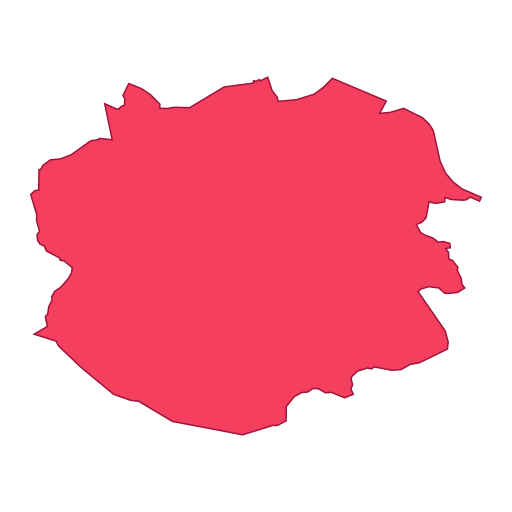 the district of Glencullen-Sandyford Lea-7, Dún Laoghaire–Rathdown, Ireland
{"feature_id": "5873133B89010299854845", "entity_name": "Glencullen-Sandyford Lea-7", "entity_type": "district", "adm_level": 2, "iso_a3": "IRL", "parent_name": "Ireland", "parent_adm1": "Dún Laoghaire–Rathdown", "projection": "robinson", "projection_center": [-6.233, 53.242], "detail": "fine", "context": "isolated", "style": "filled", "palette": "rose", "viewbox_px": 512, "rotation_deg": 0, "n_neighbors": 0, "source": "geoboundaries", "source_scale": "gbopen_adm2", "svg_char_len": 1886}
<svg xmlns="http://www.w3.org/2000/svg" viewBox="0 0 512 512"><path d="M128.8,83.5L122.9,95.6L124.8,98.8L124.5,105.0L120.2,107.0L119.5,108.9L116.4,108.9L104.7,103.7L112.2,139.7L99.4,138.4L97.9,139.7L90.7,140.8L70.9,154.9L59.9,159.0L50.5,159.8L43.4,164.9L40.3,169.8L39.0,169.5L38.7,190.0L35.0,190.6L30.7,194.4L36.8,214.9L36.5,220.5L39.6,231.4L37.0,234.5L37.6,240.3L39.9,244.0L44.2,246.0L46.4,251.0L59.6,258.0L60.2,260.3L64.1,260.9L72.2,267.7L71.6,272.6L68.3,278.6L60.8,287.2L54.6,291.4L51.6,296.9L52.2,299.6L48.8,306.5L47.7,313.9L45.3,316.6L47.4,326.4L34.2,334.2L56.0,341.1L58.6,346.0L80.5,366.9L113.6,394.3L130.6,400.3L138.7,401.3L172.3,421.4L242.6,434.8L272.5,425.5L277.5,425.4L286.1,420.8L286.3,406.5L294.2,396.7L301.7,392.5L307.9,392.0L312.6,388.6L318.0,388.6L325.5,392.8L331.2,392.3L344.7,397.8L353.4,394.2L350.9,389.2L352.6,384.7L351.2,379.2L351.7,376.6L357.5,371.2L367.2,368.0L371.6,368.9L374.2,366.9L391.6,370.2L401.0,369.6L410.4,364.3L419.3,362.8L445.7,349.9L447.4,349.0L448.2,342.2L445.3,331.1L418.0,291.5L421.0,289.0L428.8,286.7L438.7,287.9L445.0,293.4L449.8,293.3L457.6,292.4L464.8,288.0L461.9,284.2L461.2,278.3L457.3,270.4L457.8,267.3L452.4,260.3L449.0,259.2L448.5,252.3L445.6,248.5L450.3,247.8L449.8,243.3L443.1,241.5L438.2,242.1L432.9,238.0L424.3,234.9L420.6,232.5L416.3,224.6L421.9,222.2L426.0,217.9L429.0,202.0L435.8,203.4L444.6,201.8L445.1,197.4L451.0,199.5L463.1,200.2L466.5,199.7L470.3,197.1L479.6,201.2L481.3,197.3L462.0,188.9L453.2,182.1L445.6,173.2L440.2,161.4L433.3,130.6L429.4,124.4L422.6,117.8L403.7,108.4L390.5,112.3L379.6,113.4L386.3,101.1L332.3,78.3L323.4,87.4L313.9,94.3L296.4,99.7L278.3,101.4L277.0,96.9L272.1,90.6L267.7,77.2L260.4,80.9L259.4,79.5L256.2,81.3L253.6,80.6L253.7,82.7L251.4,83.4L224.2,86.9L189.6,107.7L173.7,107.3L167.9,108.5L159.7,108.2L159.9,104.2L150.5,94.7L141.6,88.7L128.8,83.5Z" fill="#f43f5e" stroke="#9f1239" stroke-width="1.5"/></svg>